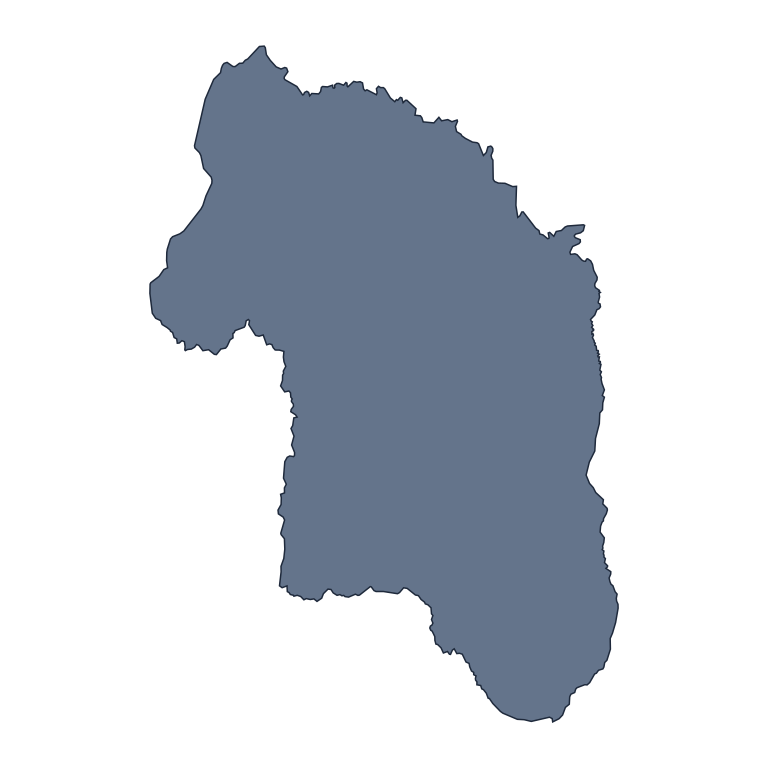 Na Haeo, Loei, Thailand (Equal Earth projection)
{"feature_id": "78962969B63665191802101", "entity_name": "Na Haeo", "entity_type": "district", "adm_level": 2, "iso_a3": "THA", "parent_name": "Thailand", "parent_adm1": "Loei", "projection": "equal_earth", "projection_center": [100.996, 17.436], "detail": "fine", "context": "isolated", "style": "filled", "palette": "slate", "viewbox_px": 768, "rotation_deg": 0, "n_neighbors": 0, "source": "geoboundaries", "source_scale": "gbopen_adm2", "svg_char_len": 6063}
<svg xmlns="http://www.w3.org/2000/svg" viewBox="0 0 768 768"><path d="M152.3,313.2L155.7,318.3L160.6,320.6L162.1,324.5L167.0,327.5L170.1,330.0L170.5,331.2L172.6,332.5L174.1,337.5L176.7,338.9L177.3,343.2L179.3,343.0L181.9,340.7L184.4,341.7L185.1,346.6L184.8,349.9L185.4,350.6L187.5,349.5L191.3,349.1L194.6,347.2L196.6,344.5L198.9,345.4L202.9,350.7L208.6,349.7L214.3,354.3L216.4,354.6L220.9,349.0L225.6,348.1L227.2,346.1L230.1,339.8L233.0,337.9L232.9,333.5L234.2,332.6L235.1,330.6L244.2,327.2L245.2,325.6L246.2,320.8L248.3,319.5L249.5,320.7L248.8,324.7L255.6,335.4L259.0,336.2L263.2,335.0L266.7,344.8L269.6,343.9L271.9,344.6L273.1,347.6L275.2,350.0L279.5,350.1L283.9,351.4L283.4,357.1L284.0,361.7L285.8,366.4L283.3,371.1L283.6,373.6L282.6,375.1L282.5,380.5L280.6,385.9L284.7,391.9L288.9,391.0L290.5,392.8L290.8,397.1L292.2,399.0L291.5,400.1L291.5,401.6L293.3,404.0L293.5,406.3L291.2,409.4L290.8,411.7L295.6,414.8L297.1,417.1L293.8,417.9L292.7,425.6L291.0,428.5L294.0,436.1L291.6,445.0L294.6,452.5L294.5,455.5L293.6,456.6L289.7,456.0L287.2,457.3L284.8,461.7L283.5,478.2L286.3,484.2L284.4,487.9L284.5,492.9L280.6,494.3L281.3,497.7L281.1,504.5L278.0,510.1L278.4,513.9L283.2,517.1L284.6,520.0L280.8,533.2L281.1,534.6L284.4,538.7L284.8,549.1L283.8,558.5L281.0,566.3L281.1,571.8L279.5,585.8L282.1,587.7L287.0,585.9L287.3,591.6L289.2,592.7L290.3,594.5L293.5,595.3L293.9,596.2L297.2,595.3L300.7,596.5L303.9,599.8L306.2,598.6L310.3,599.5L313.9,598.9L317.0,601.4L321.7,598.2L323.4,593.7L328.0,589.1L331.0,589.5L333.2,592.9L337.0,595.3L340.0,594.6L341.9,595.8L343.7,595.4L345.0,596.6L348.6,597.1L355.4,594.2L357.9,595.4L359.5,595.1L370.3,586.6L371.3,586.9L374.0,590.6L376.0,591.5L383.4,591.5L397.5,593.7L399.5,592.6L403.6,587.8L407.2,588.4L415.4,595.0L418.4,595.6L421.1,599.5L424.5,602.1L425.3,603.9L427.8,604.7L431.0,607.8L431.5,613.8L432.9,615.5L431.5,619.5L432.9,623.1L432.0,625.0L430.4,626.1L429.8,628.0L430.7,630.2L432.2,631.2L434.8,636.6L434.9,640.4L435.9,644.1L437.6,644.5L441.0,647.8L443.4,653.0L447.5,651.5L449.4,654.2L450.5,654.4L452.4,650.1L454.2,648.8L456.8,653.6L459.5,653.3L462.3,654.2L466.0,662.0L469.1,663.4L469.7,666.8L471.5,671.0L473.7,672.4L473.7,674.7L476.0,675.9L475.4,678.5L475.6,680.1L476.9,681.8L476.9,684.8L480.7,685.5L481.7,688.8L483.5,689.7L486.3,693.2L488.2,698.3L489.4,698.5L492.8,703.5L500.4,711.4L502.9,713.2L517.3,719.3L524.2,719.7L531.3,721.4L549.5,717.2L552.2,718.6L552.7,721.9L559.1,718.7L562.6,715.0L565.4,707.4L569.3,704.2L569.7,696.8L570.9,694.2L574.7,692.5L575.7,689.1L577.0,687.7L584.8,684.7L587.1,684.9L589.7,682.6L594.6,674.0L596.4,673.2L598.5,670.3L602.9,668.9L603.9,667.0L604.7,662.5L606.9,660.3L610.4,649.2L610.2,638.5L612.5,633.1L615.6,622.6L618.1,608.2L618.0,604.3L616.6,601.1L616.3,598.3L617.1,594.1L615.1,591.7L612.9,585.7L611.0,584.2L609.9,581.5L609.1,578.0L610.7,574.1L610.8,571.7L605.9,568.4L607.5,566.8L607.6,565.8L604.5,562.6L605.4,558.6L604.0,557.1L604.0,555.1L603.4,554.0L603.9,551.0L602.2,549.6L602.9,548.1L602.6,546.1L603.8,542.5L604.3,537.8L600.1,532.1L600.6,526.1L602.1,522.1L603.4,520.9L603.5,518.7L606.3,513.7L607.4,510.0L607.1,508.3L602.8,503.9L603.4,499.7L595.7,492.5L593.3,487.7L589.5,483.4L586.1,475.1L589.3,462.1L594.8,451.0L595.5,438.5L599.3,423.7L599.8,413.0L602.5,409.8L602.8,402.8L604.4,397.2L602.3,395.5L604.4,389.9L602.0,383.5L601.1,379.2L601.5,377.6L600.2,374.6L601.4,371.8L599.8,370.1L601.0,364.3L599.4,363.6L600.4,362.5L600.3,361.5L598.7,361.0L599.4,356.9L598.2,357.0L597.7,355.9L599.3,354.2L597.5,353.1L598.4,352.0L598.2,350.6L596.6,350.3L596.2,346.2L594.7,345.0L595.3,343.2L594.3,342.4L594.1,340.7L592.4,337.6L593.5,335.1L592.9,333.6L591.9,334.1L591.8,331.6L593.5,330.6L593.0,329.8L593.6,329.3L591.6,327.3L592.9,325.5L591.6,323.6L592.3,321.8L591.2,321.1L590.5,319.5L594.8,315.0L596.9,309.7L599.1,308.7L600.5,306.8L600.0,303.9L598.5,303.2L598.2,302.1L599.6,297.0L599.0,293.4L600.4,292.4L598.9,291.4L599.4,290.4L595.5,287.7L594.7,285.9L594.9,283.5L597.0,279.9L597.2,277.2L593.7,270.3L592.5,264.4L590.7,260.9L587.7,258.8L586.6,259.1L585.5,261.3L583.6,261.1L581.8,260.0L577.1,254.7L574.9,253.8L570.6,254.4L569.9,252.2L572.6,246.5L579.0,243.6L580.4,241.9L580.2,239.7L575.3,237.7L574.4,236.5L574.4,235.5L575.7,234.1L580.6,232.8L583.3,230.7L584.6,225.4L583.4,224.8L567.5,226.0L565.1,227.0L561.4,230.5L556.2,231.5L553.8,236.3L549.7,232.4L548.2,233.0L549.1,237.6L548.8,238.4L547.6,238.7L543.0,234.9L539.8,234.0L539.0,230.6L535.6,228.1L523.2,211.9L521.8,212.0L519.9,215.8L517.8,217.4L515.9,205.4L516.5,186.3L512.7,186.6L505.0,183.3L498.4,183.1L494.6,181.5L493.2,179.3L492.9,160.1L491.7,158.2L491.1,155.4L492.8,151.2L492.9,148.8L492.1,147.2L490.8,146.1L487.9,146.9L486.3,152.5L483.4,155.5L478.6,143.7L477.0,142.7L472.5,142.1L465.4,138.4L461.8,135.8L461.0,134.3L456.6,131.6L455.4,126.4L457.5,121.3L457.1,120.0L451.9,121.7L447.8,119.6L441.6,120.8L438.9,117.3L433.9,122.9L423.2,121.9L421.8,117.6L420.4,115.8L415.0,115.2L416.0,108.7L406.9,100.3L405.5,100.3L403.1,102.7L401.8,97.9L400.3,97.4L397.7,100.3L396.4,99.6L394.8,101.7L390.4,98.0L384.8,88.8L383.4,87.6L380.6,87.6L378.5,86.3L376.4,88.7L377.1,92.8L376.4,94.7L366.9,89.8L365.1,90.8L363.6,89.1L362.5,82.9L360.1,81.7L356.8,82.2L353.7,81.4L347.9,86.8L347.1,86.0L347.0,83.2L345.9,82.5L343.6,85.2L338.9,83.4L336.7,83.5L334.6,85.2L334.8,87.6L334.0,88.2L333.0,87.8L332.5,85.2L327.5,86.9L322.6,86.5L321.4,87.4L320.6,91.5L318.7,93.9L311.8,93.5L309.7,95.9L308.6,92.4L306.8,91.3L304.5,92.5L303.6,94.6L302.6,94.9L296.9,86.5L285.1,79.8L284.2,78.6L284.3,76.9L287.9,71.7L286.6,68.1L284.8,67.5L281.0,69.0L276.2,66.9L270.3,60.4L266.4,54.8L265.3,47.7L264.2,46.1L259.4,46.5L247.7,59.0L245.3,60.2L242.7,63.2L239.4,63.3L235.1,66.6L232.9,66.5L227.1,62.4L224.1,63.4L222.6,65.2L221.4,68.2L220.5,72.7L213.7,79.4L205.2,99.2L194.5,145.7L194.9,148.0L199.4,152.6L200.9,155.6L203.6,168.5L211.2,177.1L212.0,180.3L211.8,183.4L206.0,195.8L202.9,205.5L200.9,209.1L183.9,230.9L179.9,233.8L172.6,236.7L170.5,239.0L167.3,249.1L166.8,252.4L166.6,260.6L167.6,267.8L163.8,269.6L159.1,276.4L150.8,282.7L150.1,284.1L149.9,293.4L152.3,313.2Z" fill="#64748b" stroke="#1e293b" stroke-width="1.5"/></svg>